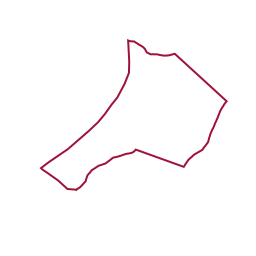 Corinth/La Bel Lair, Gros Islet, Saint Lucia, rotated 319°
{"feature_id": "8701671B91089309525348", "entity_name": "Corinth/La Bel Lair", "entity_type": "district", "adm_level": 2, "iso_a3": "LCA", "parent_name": "Saint Lucia", "parent_adm1": "Gros Islet", "projection": "orthographic", "projection_center": [-60.945, 14.045], "detail": "fine", "context": "isolated", "style": "outline", "palette": "rose", "viewbox_px": 256, "rotation_deg": 319, "n_neighbors": 0, "source": "geoboundaries", "source_scale": "gbopen_adm2", "svg_char_len": 1999}
<svg xmlns="http://www.w3.org/2000/svg" viewBox="0 0 256 256"><g transform="rotate(319 128 128)"><path d="M36.0,101.2L36.2,103.4L37.7,108.9L40.8,121.6L42.3,134.3L47.7,139.8L48.3,140.8L48.9,140.6L52.9,141.3L55.0,141.1L55.6,141.0L57.0,140.9L58.2,140.7L58.9,140.6L61.0,140.5L62.3,139.6L63.8,138.6L65.6,137.5L66.8,137.0L67.4,137.0L68.5,136.8L69.8,136.7L70.5,136.6L71.3,136.4L73.0,136.1L75.0,136.4L75.6,136.5L78.7,136.9L80.8,137.1L82.6,137.9L84.6,138.7L86.0,139.3L86.6,139.5L88.0,140.1L89.3,140.1L89.8,140.1L93.0,140.4L95.4,140.5L97.2,140.6L102.1,143.2L103.6,143.8L104.7,144.3L105.7,144.7L107.5,145.4L108.4,145.8L110.3,146.7L111.9,147.8L113.2,148.5L113.7,148.7L115.1,149.4L116.4,149.6L117.2,149.7L117.8,149.6L118.5,149.6L118.9,149.5L119.7,149.4L144.6,193.9L147.6,193.0L150.1,192.3L153.0,191.6L153.7,191.6L154.2,191.6L155.9,191.6L157.4,191.6L159.0,191.5L159.9,191.5L161.1,191.6L161.8,191.7L163.1,192.0L164.9,192.3L167.3,192.8L168.7,193.1L170.1,193.2L170.7,193.2L171.1,193.0L171.9,192.6L174.7,192.2L175.9,191.9L176.9,191.7L177.8,191.5L179.3,191.1L180.2,190.5L181.3,189.8L182.5,188.9L183.7,188.2L184.1,188.0L185.5,187.1L186.3,186.6L187.8,185.8L188.8,185.4L190.6,184.5L191.9,184.0L192.3,183.9L192.9,183.6L194.5,182.9L194.9,182.6L195.6,182.2L197.2,181.4L198.0,181.1L198.5,180.9L201.1,179.6L202.3,179.1L203.7,178.3L204.1,178.1L205.3,177.5L207.6,176.3L208.3,175.9L209.0,175.6L210.1,175.2L210.7,175.0L212.0,174.5L214.7,173.8L215.7,173.4L217.7,172.9L219.5,172.6L220.0,172.5L212.0,102.8L211.5,102.4L209.4,101.4L207.7,100.6L206.6,100.0L205.1,99.0L203.0,97.3L201.9,96.2L200.9,94.9L200.0,93.9L198.5,91.7L197.2,90.5L195.8,89.3L194.7,88.3L193.6,87.4L193.1,86.5L192.5,85.0L191.8,83.4L192.0,82.1L192.6,79.5L192.6,78.2L192.3,76.1L191.8,74.5L190.9,72.2L190.6,70.7L190.1,69.2L189.6,67.6L189.4,66.7L187.1,64.5L186.0,63.1L185.5,62.1L172.4,78.8L164.9,87.0L154.3,92.5L139.9,98.0L130.9,99.6L119.7,102.3L109.1,104.0L96.4,104.5L82.5,104.5L68.7,104.5L45.8,101.8L36.0,101.2Z" fill="none" stroke="#9f1239" stroke-width="2"/></g></svg>